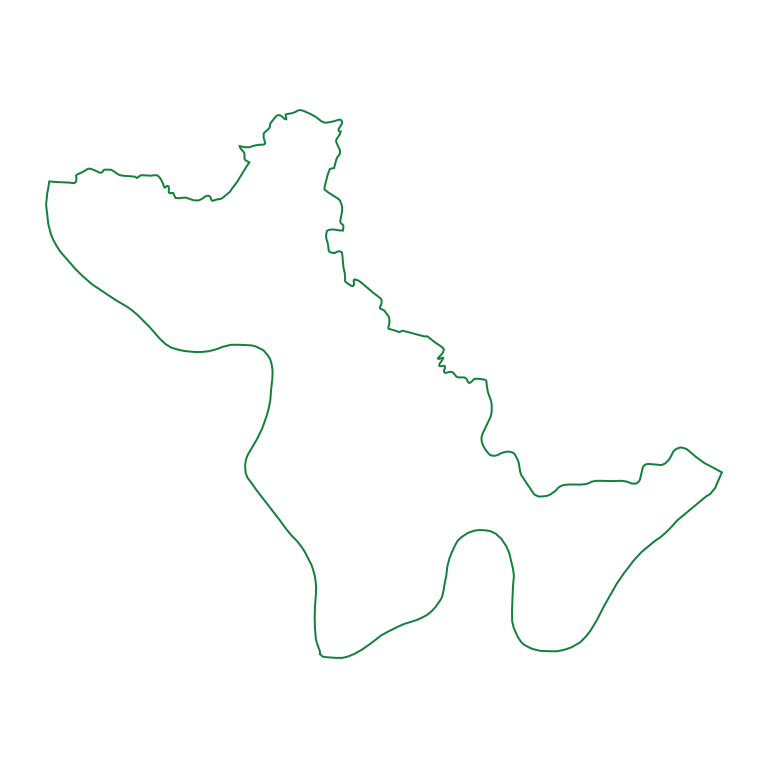 Can Duoc, Long An, Vietnam
{"feature_id": "81297802B37514703849012", "entity_name": "Can Duoc", "entity_type": "district", "adm_level": 2, "iso_a3": "VNM", "parent_name": "Vietnam", "parent_adm1": "Long An", "projection": "albers", "projection_center": [106.601, 10.538], "detail": "fine", "context": "isolated", "style": "outline", "palette": "green", "viewbox_px": 768, "rotation_deg": 0, "n_neighbors": 0, "source": "geoboundaries", "source_scale": "gbopen_adm2", "svg_char_len": 6097}
<svg xmlns="http://www.w3.org/2000/svg" viewBox="0 0 768 768"><path d="M48.3,224.2L50.9,234.1L52.9,239.1L56.2,245.3L60.5,251.9L75.8,269.4L82.2,275.7L91.9,284.2L115.1,299.7L126.8,306.6L131.3,309.7L136.8,314.3L149.2,326.6L160.1,339.0L165.7,344.2L171.0,347.5L177.9,349.6L184.8,351.1L195.3,352.0L201.6,352.0L208.9,351.2L215.9,349.4L222.7,346.8L231.0,344.8L239.8,344.8L251.7,345.4L255.8,346.5L263.4,350.2L267.9,355.5L270.2,359.3L271.5,363.6L272.4,368.8L272.6,373.5L272.2,380.3L271.2,388.6L270.3,400.1L268.7,408.5L266.5,416.4L262.0,429.0L256.5,440.0L247.8,454.7L245.9,459.7L245.2,464.5L245.2,467.4L245.7,473.2L247.5,477.7L251.2,482.6L256.4,490.0L279.3,519.6L286.5,529.4L291.6,535.6L297.3,541.4L302.1,547.7L304.6,551.5L311.7,565.4L313.5,571.1L314.9,576.3L315.7,582.0L316.1,587.5L315.9,594.4L315.0,606.3L314.7,618.1L315.0,628.5L315.9,639.6L317.6,645.1L319.8,651.0L320.0,652.5L319.9,654.2L320.5,654.4L321.6,655.7L322.8,656.6L325.3,657.1L329.2,657.4L336.3,657.9L342.2,657.9L347.4,656.7L355.1,653.6L362.9,649.0L371.1,643.2L381.5,635.2L388.5,631.4L397.3,627.0L404.5,623.8L415.9,620.3L421.2,618.0L426.8,615.1L431.4,611.4L435.6,606.9L440.7,599.6L442.1,596.7L443.3,591.7L444.7,583.5L446.3,575.5L447.4,566.1L449.5,558.2L451.9,552.2L454.9,545.6L457.7,540.7L461.5,537.1L467.9,532.9L474.2,530.7L479.5,530.0L485.2,530.3L490.3,531.1L495.7,533.7L501.3,538.7L506.2,546.1L509.2,552.9L513.1,569.3L513.9,575.8L513.0,586.1L512.0,610.6L512.2,621.6L513.8,628.0L517.8,637.0L521.2,642.1L524.2,644.8L528.2,647.0L532.3,648.9L540.7,650.9L551.3,651.3L557.6,651.2L564.5,649.7L571.3,647.4L580.1,642.4L585.6,636.8L590.2,631.1L596.7,620.4L604.1,605.9L616.8,583.6L624.1,573.0L633.6,560.7L641.6,551.9L655.1,540.8L660.4,537.2L665.5,532.8L671.0,527.4L677.2,520.4L706.1,496.4L710.1,494.1L715.2,487.9L717.4,482.5L721.9,472.4L708.4,465.1L704.8,463.3L696.3,457.2L691.0,452.6L686.5,449.0L683.1,447.8L680.2,447.5L676.9,448.7L674.8,450.0L673.0,452.0L671.2,455.9L668.9,459.8L665.5,463.2L662.6,464.7L660.7,465.0L648.4,463.9L646.1,464.3L644.9,464.9L643.8,465.8L642.8,467.5L640.0,479.4L638.9,481.4L637.2,483.0L635.2,483.7L631.8,483.5L626.7,481.6L624.5,481.2L620.3,480.8L611.1,481.1L600.4,480.8L595.8,480.9L591.9,481.6L588.5,483.3L585.0,484.2L580.2,484.6L568.9,484.5L563.7,485.0L561.4,485.8L559.4,486.9L557.9,488.1L555.5,490.9L550.9,494.1L547.8,495.6L544.8,496.2L539.4,496.6L537.1,495.9L535.3,495.1L534.0,494.1L532.2,491.6L530.1,488.2L527.0,483.8L521.1,474.8L520.1,471.4L518.9,463.7L518.2,460.9L516.1,456.7L514.4,453.8L512.5,452.5L510.7,451.9L507.4,451.6L503.3,452.4L500.5,453.5L497.9,454.9L494.9,455.8L491.8,455.6L489.8,454.8L488.2,453.2L485.4,449.5L483.3,446.1L482.0,442.7L481.5,439.7L481.5,437.6L482.7,433.3L490.5,417.1L491.5,413.1L491.7,410.7L491.7,404.9L491.1,401.1L487.8,391.8L486.7,384.7L486.4,381.1L485.8,380.2L484.3,379.6L478.5,378.8L475.9,378.7L474.2,379.0L470.8,382.3L469.4,383.0L468.5,382.6L467.7,381.6L467.0,379.8L466.2,378.6L465.2,377.8L464.2,377.4L458.9,377.4L457.1,377.1L455.9,376.1L453.3,372.7L451.9,372.0L450.3,371.8L445.7,372.9L444.5,372.5L444.0,371.5L444.1,370.2L445.1,367.7L444.8,366.2L444.3,365.9L443.3,365.8L441.2,366.3L439.5,366.0L439.2,365.6L439.4,364.0L442.4,359.9L443.2,357.9L442.7,357.7L439.4,358.9L438.4,358.9L438.0,358.6L438.3,357.6L440.4,355.7L443.0,352.5L443.9,349.2L441.9,347.0L435.5,342.7L427.3,336.3L425.5,336.5L423.5,336.2L402.7,330.7L399.4,332.1L392.8,329.9L388.6,328.8L388.3,327.9L389.5,322.3L389.3,319.0L389.0,317.1L384.9,311.3L383.4,309.9L380.9,309.1L379.9,308.1L380.0,307.2L381.4,304.0L381.7,301.4L381.3,299.2L380.1,298.0L373.5,293.0L360.7,282.1L357.7,280.2L355.9,279.9L355.1,279.3L354.2,279.7L353.7,280.6L353.6,281.3L354.1,282.7L353.9,284.9L352.8,286.1L351.3,285.8L348.4,284.0L345.1,281.4L345.1,277.6L344.7,272.6L343.4,267.4L342.3,254.5L341.7,252.2L341.2,251.8L340.0,251.4L338.1,251.4L336.1,252.2L334.8,253.0L333.1,253.0L330.5,252.3L329.5,251.8L328.8,251.0L328.1,245.3L327.3,241.5L326.7,240.0L326.0,236.3L326.6,232.0L327.1,230.8L329.1,229.8L331.3,229.5L334.6,229.6L340.2,230.5L342.9,230.6L343.3,228.4L343.4,226.3L343.2,225.2L341.5,223.7L340.6,222.7L340.2,221.2L341.9,212.4L342.2,208.8L341.9,205.7L340.0,200.5L339.0,199.4L337.6,198.4L328.6,192.7L324.7,189.7L324.4,188.6L325.0,185.3L327.4,175.8L328.5,172.4L329.9,168.9L334.1,168.0L336.2,159.8L337.2,157.4L339.6,154.4L340.0,152.1L339.9,150.1L336.4,142.5L336.1,140.7L336.5,139.3L340.0,134.0L340.6,131.6L340.0,131.7L339.3,131.5L338.7,130.7L338.5,129.9L338.6,129.1L341.7,124.2L342.1,123.2L342.2,122.3L342.0,121.4L341.5,120.6L340.6,119.8L338.9,119.7L334.6,121.1L330.0,122.1L327.1,122.6L324.9,122.6L322.7,122.0L320.9,120.9L315.6,116.8L310.9,114.2L305.0,111.5L301.6,110.3L300.2,110.1L298.7,110.2L296.8,111.1L295.2,112.1L291.6,113.3L287.3,114.0L285.6,114.5L286.3,119.2L284.9,119.2L282.0,116.5L280.7,115.6L279.3,115.1L276.9,115.5L274.4,118.2L270.7,123.0L270.1,124.3L270.0,126.0L269.5,127.8L267.2,130.3L264.6,132.3L263.6,133.8L263.7,138.0L265.2,142.8L264.9,143.7L264.4,144.2L263.4,144.6L259.1,144.8L256.0,145.3L252.9,146.0L249.6,147.2L246.7,147.3L244.6,147.1L239.7,146.1L240.2,147.8L241.8,150.0L243.5,151.8L244.3,153.1L244.5,155.5L244.5,158.6L244.7,159.1L245.5,160.3L249.4,162.4L246.8,166.0L237.2,181.8L232.4,188.1L229.8,191.9L222.3,198.1L221.0,198.8L217.1,199.4L212.8,200.8L212.1,200.7L211.7,200.4L210.2,196.8L209.2,196.0L208.2,195.7L206.8,195.8L205.0,196.6L202.9,198.2L200.5,199.6L198.2,200.5L195.1,200.4L193.1,200.1L186.1,197.7L184.3,197.6L179.0,198.2L177.8,198.2L175.4,197.8L173.2,193.0L169.6,193.1L169.1,192.8L168.7,192.1L168.9,188.0L168.7,186.9L168.3,186.2L167.8,185.9L167.1,185.9L165.3,187.5L164.8,187.6L164.1,186.9L162.9,183.4L161.2,179.9L159.5,177.3L158.0,175.9L156.6,175.2L153.9,175.3L150.9,175.7L141.6,175.2L140.3,175.6L136.9,178.0L134.7,176.6L123.6,175.8L120.0,175.2L116.8,173.6L115.3,172.3L112.0,170.2L110.6,169.7L104.3,169.7L103.8,170.0L102.4,172.0L101.6,172.6L99.5,172.6L94.7,170.3L91.3,169.0L89.5,168.6L87.6,169.0L83.0,171.8L77.2,174.5L76.2,175.2L76.2,176.8L76.5,178.1L76.1,181.1L75.8,181.8L74.5,183.0L72.4,183.1L69.6,182.6L55.7,182.0L49.4,181.4L49.1,182.1L48.3,188.1L47.2,193.2L46.1,204.8L48.3,224.2Z" fill="none" stroke="#15803d" stroke-width="2"/></svg>